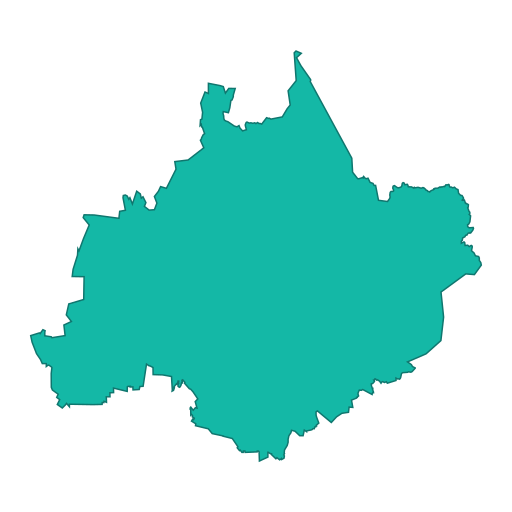 the district of Sinaloa, Sinaloa, Mexico
{"feature_id": "50627088B88471362672586", "entity_name": "Sinaloa", "entity_type": "district", "adm_level": 2, "iso_a3": "MEX", "parent_name": "Mexico", "parent_adm1": "Sinaloa", "projection": "equal_earth", "projection_center": [-108.03, 26.02], "detail": "fine", "context": "isolated", "style": "filled", "palette": "teal", "viewbox_px": 512, "rotation_deg": 0, "n_neighbors": 0, "source": "geoboundaries", "source_scale": "gbopen_adm2", "svg_char_len": 6063}
<svg xmlns="http://www.w3.org/2000/svg" viewBox="0 0 512 512"><path d="M351.8,158.2L310.2,81.5L310.7,80.2L310.6,79.6L300.9,65.7L296.5,57.7L301.3,53.3L296.0,51.0L294.2,52.8L296.2,80.6L288.1,90.8L290.2,105.0L287.2,108.7L282.3,116.9L270.9,119.1L269.3,118.2L268.5,118.4L266.6,117.7L261.7,124.1L260.3,123.5L258.9,123.5L257.6,122.5L255.9,123.6L254.8,122.8L252.8,123.3L250.9,122.8L249.3,123.1L247.1,122.1L246.5,122.2L246.1,122.6L245.3,124.6L245.3,125.6L246.4,129.7L242.6,130.9L240.0,128.1L239.0,125.6L237.0,126.8L234.4,126.1L227.9,121.7L225.8,121.0L224.4,120.1L223.8,118.3L223.7,115.9L223.0,113.3L223.3,111.6L228.4,112.7L229.8,107.8L230.9,100.4L232.0,100.0L233.3,96.7L233.3,95.1L235.2,88.5L228.8,88.4L225.4,93.1L223.3,86.6L220.1,85.6L208.4,83.3L208.4,93.5L205.0,92.0L200.7,103.1L202.6,112.3L201.9,119.1L200.5,119.7L200.1,125.6L201.3,124.4L201.6,126.9L202.4,127.3L204.6,133.7L203.2,134.7L201.6,137.8L201.3,139.2L200.4,140.2L203.8,147.8L188.1,160.0L174.8,161.6L176.0,169.2L166.4,188.3L160.6,186.6L158.4,191.3L154.4,196.5L156.9,203.1L154.4,209.7L149.1,210.1L144.4,206.4L145.9,202.6L143.0,196.8L141.3,198.2L140.3,193.9L136.7,191.2L132.4,204.0L129.9,197.7L128.8,199.3L127.2,196.0L125.3,195.0L123.3,195.5L123.0,197.7L125.4,210.3L119.7,211.3L118.9,218.3L94.2,215.0L84.1,214.8L83.2,217.6L89.2,225.0L83.5,238.6L79.0,250.9L77.9,248.8L77.5,255.2L73.1,269.3L72.2,276.5L84.1,276.7L83.7,299.5L68.8,303.9L66.3,314.9L71.4,321.5L63.9,325.0L65.1,335.6L51.9,337.7L51.3,336.8L44.8,335.8L44.8,332.4L45.1,330.7L42.9,329.7L40.1,333.6L39.4,332.9L30.7,335.6L32.1,342.2L36.5,353.6L40.5,359.5L42.3,363.6L46.3,363.6L46.3,366.5L48.0,365.2L48.8,365.1L51.4,366.9L51.9,367.6L51.2,373.5L51.3,387.3L52.4,390.0L58.2,394.2L56.7,397.4L59.7,399.6L57.3,404.5L62.3,408.0L65.6,404.7L66.5,403.4L69.4,406.7L69.4,404.2L92.9,404.6L102.1,404.4L102.2,402.5L103.8,402.6L104.0,401.3L106.5,402.3L106.3,396.8L110.0,396.8L109.9,392.8L113.6,392.6L113.5,388.1L127.2,391.4L127.3,386.8L127.8,386.4L130.3,386.3L130.2,387.0L132.9,386.9L133.0,389.9L139.2,389.5L139.9,386.5L143.1,386.3L146.5,364.1L149.2,365.9L149.8,365.8L153.0,367.5L153.1,374.6L162.6,374.9L171.5,376.5L172.3,390.0L172.1,391.1L173.5,390.4L174.2,388.3L173.8,388.0L174.3,387.4L173.9,387.0L176.3,384.0L176.6,384.2L177.0,383.4L177.5,383.2L178.1,381.0L178.8,381.2L178.5,382.0L178.7,383.6L178.0,384.4L178.0,386.2L179.3,387.3L180.1,386.9L181.0,385.2L181.6,382.6L182.2,382.9L182.4,381.8L181.9,380.3L182.7,379.8L184.9,382.3L184.4,383.1L189.4,388.8L190.7,389.2L193.0,391.8L197.8,398.9L195.2,401.6L197.0,408.1L195.4,407.7L193.2,410.2L190.8,407.1L190.2,407.9L190.5,408.8L190.1,409.1L190.7,409.9L190.8,415.1L191.5,414.4L192.5,415.5L192.3,416.8L194.3,418.2L193.6,419.7L192.7,419.1L191.5,421.1L195.8,423.8L195.5,425.7L208.3,428.8L212.2,433.6L223.0,435.9L223.0,436.2L223.5,436.3L232.3,438.5L237.9,446.7L237.2,447.8L239.5,450.6L240.2,450.1L241.9,452.4L243.2,452.4L243.3,451.0L244.9,451.0L245.1,452.4L256.7,451.9L257.1,451.9L257.2,451.1L258.5,451.1L259.1,451.8L259.4,461.0L267.9,457.1L267.9,452.2L268.1,452.2L270.1,453.5L271.5,453.8L271.3,454.4L275.9,458.8L276.9,457.7L279.6,459.8L280.1,459.2L280.8,459.4L281.4,458.6L281.7,459.5L284.0,458.2L284.4,456.0L283.8,454.9L284.5,453.6L284.2,453.2L284.5,450.0L287.2,445.5L288.1,442.3L288.1,439.3L288.9,435.7L290.9,432.8L291.5,430.3L295.0,431.2L299.7,435.7L303.1,435.7L304.3,430.1L306.6,431.7L306.6,430.9L311.0,430.0L312.1,429.6L312.8,428.7L314.3,428.7L314.7,427.1L315.7,426.8L315.6,426.5L316.6,426.0L316.3,425.2L318.8,423.1L316.6,417.1L316.1,415.2L316.0,412.0L317.4,410.9L331.3,422.5L336.6,416.8L341.9,413.3L348.5,412.3L349.1,407.1L352.8,407.4L351.5,400.1L356.5,398.1L356.8,397.3L357.4,397.3L357.7,396.5L358.5,396.1L358.5,395.3L358.0,394.3L358.1,392.8L359.3,390.1L361.5,390.3L362.7,389.5L372.1,394.5L372.3,393.3L372.8,392.5L373.5,392.7L373.5,392.1L372.6,389.6L372.8,389.4L372.8,388.3L372.3,388.3L371.3,385.2L371.3,383.8L372.6,383.6L374.3,381.7L374.5,381.3L373.8,380.1L374.4,380.1L375.0,378.8L375.7,379.0L376.5,380.1L377.7,379.8L378.1,380.4L379.4,380.9L381.0,383.2L381.7,382.1L382.8,381.6L384.4,382.5L386.4,381.7L387.3,383.2L396.0,380.5L396.0,378.1L397.4,378.9L399.1,378.9L399.4,379.2L400.0,378.8L400.6,377.7L401.5,373.6L402.5,372.7L407.6,372.3L408.5,371.8L410.9,372.2L412.1,371.6L415.2,368.2L415.2,367.9L413.1,366.9L412.2,366.1L411.4,364.6L407.5,361.9L426.1,353.8L440.9,340.6L443.6,317.1L441.0,292.0L465.8,273.9L474.4,274.6L481.3,265.1L480.8,262.6L479.3,260.4L479.3,258.0L478.6,256.5L475.4,255.8L474.1,253.0L471.5,250.7L472.2,247.3L472.2,246.1L471.2,245.4L469.2,246.6L467.7,245.2L465.1,245.5L464.7,242.5L464.0,241.9L461.4,243.2L461.5,242.5L461.2,241.7L461.8,240.5L462.3,240.3L462.6,238.0L465.0,236.7L465.3,235.8L466.0,235.1L466.9,235.1L468.0,233.3L469.0,232.9L469.9,233.2L470.2,232.6L470.8,232.8L472.8,230.2L473.5,228.4L473.2,227.5L469.2,227.8L467.7,226.7L467.6,224.7L468.7,224.1L469.9,221.8L470.6,215.8L469.2,214.4L469.8,213.7L469.8,212.2L469.1,211.5L467.7,207.7L468.2,207.2L468.4,204.7L467.5,204.0L466.2,203.7L465.9,203.1L465.4,203.1L464.4,200.0L462.8,200.4L462.2,200.1L463.5,198.5L463.4,197.8L462.3,195.9L461.8,195.4L460.7,195.4L458.6,193.3L458.0,189.6L456.1,188.8L454.5,187.2L452.8,187.8L451.1,187.0L450.2,187.2L449.6,186.7L449.0,184.6L448.5,184.4L447.4,184.9L445.9,184.8L444.7,186.6L444.3,186.3L441.7,187.1L441.1,186.8L440.4,187.3L439.8,187.0L437.7,188.2L435.0,188.2L434.3,189.1L433.7,188.9L433.4,189.7L431.0,190.7L429.7,192.0L429.4,191.6L427.9,191.5L427.4,190.6L426.0,190.2L425.8,189.5L423.7,187.7L423.3,187.9L422.7,187.6L421.2,188.2L418.0,187.3L415.2,187.8L414.3,187.3L413.8,188.1L411.5,186.9L408.3,186.8L407.9,185.2L407.3,184.3L404.8,184.7L404.1,183.0L403.1,182.6L402.3,183.3L401.8,186.0L400.8,187.2L398.2,187.9L396.8,187.3L394.5,185.6L393.3,186.0L392.9,186.9L392.8,188.3L393.6,190.0L393.6,190.9L393.0,191.4L391.0,191.5L390.2,192.4L389.8,195.0L390.1,197.2L389.6,198.6L387.5,201.5L378.5,200.3L375.6,185.4L374.1,185.5L373.0,183.4L370.1,182.4L368.0,178.2L366.3,178.7L365.2,178.3L363.6,176.4L363.3,176.8L363.2,178.0L362.3,177.7L358.6,178.8L357.6,178.6L352.6,172.2L351.8,158.2Z" fill="#14b8a6" stroke="#0f766e" stroke-width="1.5"/></svg>